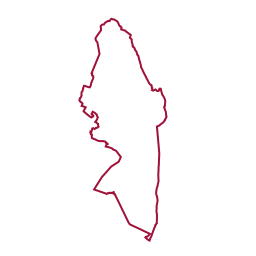 Jevnaker nor, Oppland, Norway, rotated 208°
{"feature_id": "86288312B26637374154815", "entity_name": "Jevnaker nor", "entity_type": "district", "adm_level": 2, "iso_a3": "NOR", "parent_name": "Norway", "parent_adm1": "Oppland", "projection": "mercator", "projection_center": [10.399, 60.283], "detail": "fine", "context": "isolated", "style": "outline", "palette": "rose", "viewbox_px": 256, "rotation_deg": 208, "n_neighbors": 0, "source": "geoboundaries", "source_scale": "gbopen_adm2", "svg_char_len": 5745}
<svg xmlns="http://www.w3.org/2000/svg" viewBox="0 0 256 256"><g transform="rotate(208 128 128)"><path d="M155.1,102.2L153.5,102.3L153.2,102.2L152.7,102.5L149.0,102.6L148.4,102.7L146.1,103.4L145.4,104.0L144.4,104.4L144.1,104.7L142.9,104.9L142.2,105.2L142.1,105.3L141.7,105.4L141.1,105.2L140.9,105.0L140.7,104.7L140.2,104.8L139.6,104.7L139.6,104.4L138.8,104.6L138.5,104.4L138.8,104.1L139.3,104.1L139.3,103.8L139.2,103.1L139.0,102.8L139.1,102.3L138.9,101.9L138.9,101.2L137.0,101.7L136.5,102.0L135.6,102.0L133.8,102.4L132.3,102.4L131.6,102.3L131.4,102.1L130.3,102.0L129.0,102.3L128.3,102.3L127.2,102.0L120.7,99.0L120.4,93.8L124.7,86.1L128.0,72.5L129.1,57.8L116.3,59.8L115.9,59.7L115.8,60.1L115.7,60.4L115.4,60.6L115.2,61.0L114.7,61.1L114.7,61.3L114.6,61.5L114.2,61.5L113.8,62.2L113.3,62.3L112.8,62.7L112.4,62.6L112.1,63.0L111.3,63.0L111.2,63.1L111.2,63.7L110.6,64.7L110.4,64.7L110.2,64.2L109.8,63.9L109.5,63.3L109.1,63.2L108.9,63.4L108.7,63.5L107.8,63.0L107.7,62.9L107.5,62.4L107.0,62.2L105.7,61.3L83.8,45.3L82.6,44.5L81.2,43.8L76.2,44.0L71.4,44.3L59.0,44.8L59.3,42.9L59.5,42.4L60.3,40.8L60.6,40.6L60.9,40.6L61.1,40.4L61.2,40.1L61.3,39.9L61.3,39.5L59.0,38.9L57.7,38.7L56.1,38.7L56.3,39.9L56.4,40.5L56.5,41.5L56.6,41.9L56.5,42.8L56.6,43.9L56.8,44.8L56.9,45.1L57.0,46.1L57.1,47.2L57.4,48.7L57.5,49.9L57.8,51.5L57.8,53.3L58.0,54.8L58.3,55.0L58.2,55.6L58.2,55.8L58.0,56.2L58.0,56.5L58.1,57.1L58.1,57.3L57.9,57.5L59.0,59.6L59.3,60.4L59.5,60.7L60.5,62.8L62.2,65.8L63.3,67.1L64.4,69.0L64.9,70.5L65.1,70.9L65.9,72.0L66.8,74.6L67.2,76.2L67.7,77.3L68.0,78.2L68.6,78.9L69.4,80.1L69.8,80.5L70.0,80.7L70.2,81.2L70.8,81.6L71.6,82.4L72.5,83.5L73.0,84.7L73.4,85.6L73.7,86.6L74.4,88.5L74.7,90.8L75.4,92.8L75.8,94.5L76.1,95.4L77.5,97.8L79.3,100.9L82.1,106.9L82.5,107.5L83.6,110.2L85.4,113.8L88.2,119.8L90.8,123.9L98.3,135.4L101.1,139.8L103.2,142.8L101.6,144.8L100.9,146.5L100.3,147.9L99.6,149.2L99.4,149.8L99.1,151.7L99.2,151.9L99.3,152.0L99.3,152.3L99.0,152.6L99.1,153.2L99.2,153.3L99.3,154.1L99.3,154.4L99.2,154.7L99.3,155.0L99.2,155.3L99.3,155.4L99.2,155.6L99.6,156.6L100.4,157.2L101.2,158.6L102.3,160.1L103.7,161.3L104.3,161.9L104.4,162.1L105.2,162.7L105.8,163.2L105.7,163.6L105.9,163.9L106.0,164.2L105.8,164.4L105.8,164.9L106.3,165.8L107.6,169.1L107.8,169.4L109.0,170.6L109.4,171.1L109.9,171.5L112.3,173.0L112.7,173.3L113.5,173.5L114.6,174.8L114.9,175.0L115.3,175.5L116.3,176.6L116.9,177.3L117.4,177.9L117.5,178.0L118.1,177.9L118.4,177.7L118.6,177.5L118.6,177.2L118.6,176.7L118.3,175.9L118.3,175.4L118.5,175.0L119.0,174.6L119.5,174.4L120.4,174.5L121.0,174.8L121.9,174.9L122.1,174.7L122.4,174.2L123.1,173.0L123.5,173.0L123.9,172.7L124.2,172.8L124.5,172.8L124.4,173.1L124.9,173.7L125.2,174.2L125.4,174.3L125.3,174.6L125.4,174.9L125.6,175.0L126.0,175.1L126.4,175.3L126.6,175.8L126.9,176.0L127.0,176.6L127.3,176.8L127.8,176.9L128.5,176.8L130.4,177.4L131.1,178.0L135.5,181.0L136.1,181.5L136.6,181.9L137.3,182.3L138.1,182.9L139.7,183.9L140.3,184.5L140.9,184.8L141.5,185.4L142.0,185.6L142.8,186.4L143.7,186.9L145.1,188.0L145.8,189.1L149.1,192.6L150.4,193.8L150.8,194.4L152.9,196.7L153.2,196.9L153.6,196.8L154.0,196.9L155.8,198.7L156.3,199.4L157.3,199.8L158.0,200.0L158.7,200.4L158.9,200.9L159.5,201.2L160.2,201.9L160.7,202.1L161.2,201.9L161.5,202.0L162.1,202.2L162.4,202.5L162.3,202.9L163.8,204.4L164.3,205.2L165.1,205.8L165.4,206.2L165.6,206.6L166.1,207.4L166.1,207.7L166.2,207.8L167.3,208.3L168.7,208.5L168.9,209.4L169.2,211.4L175.1,212.3L176.0,212.7L176.6,212.5L179.2,212.1L180.3,211.8L180.5,212.1L180.4,212.3L180.5,212.7L180.8,213.6L181.5,213.8L182.1,214.3L182.9,214.0L183.8,214.4L186.2,216.3L187.4,217.0L188.0,217.2L190.0,217.2L191.3,217.3L191.6,217.3L192.4,216.7L193.8,216.7L194.3,215.8L194.4,214.1L194.5,213.8L194.7,213.6L195.3,213.3L195.7,213.3L196.2,212.8L196.9,211.3L197.6,210.3L197.7,210.0L197.8,209.2L197.8,208.2L199.2,207.2L199.7,206.3L199.7,206.0L199.9,204.9L198.3,202.8L197.7,201.6L198.7,194.4L198.8,191.9L198.3,191.1L197.0,190.0L195.2,189.2L187.9,180.0L185.9,159.5L185.4,159.6L185.2,159.5L185.1,159.3L185.3,158.8L185.2,158.6L185.1,158.4L184.6,157.8L184.2,157.5L183.5,157.7L183.0,157.5L182.9,157.3L182.6,156.6L182.2,156.1L182.1,155.4L182.0,154.9L181.8,152.2L181.6,151.6L181.7,150.6L181.4,149.8L181.1,149.1L181.0,148.6L180.9,147.9L180.9,147.3L180.8,146.3L180.8,146.0L182.2,145.5L186.6,144.8L186.7,144.3L186.5,143.6L186.5,142.8L186.1,142.0L186.2,141.6L185.8,140.7L185.5,139.4L185.6,138.7L185.8,138.0L185.6,137.3L184.9,135.9L184.5,135.1L184.3,135.0L184.3,134.7L184.2,134.4L184.1,133.7L184.1,132.9L184.1,132.2L184.4,132.0L184.4,131.7L184.4,131.0L183.9,130.4L184.0,130.0L183.9,129.6L183.7,129.4L183.1,129.0L182.0,128.9L181.1,128.6L180.1,128.6L179.8,128.4L179.4,127.8L179.5,127.5L179.3,126.7L179.3,125.7L175.6,126.4L175.1,126.4L174.9,125.7L175.1,124.9L175.2,124.3L175.1,123.3L175.2,122.0L174.9,121.8L168.8,120.5L166.4,120.1L165.3,120.1L165.1,120.3L165.1,120.6L165.1,121.1L164.4,121.5L164.3,122.1L164.2,122.4L164.3,122.5L164.6,122.7L166.2,123.1L166.8,123.4L166.7,123.8L166.8,125.8L166.5,125.8L164.2,125.8L163.6,125.5L161.9,125.2L161.6,124.7L161.2,124.2L160.5,123.7L159.7,123.4L159.4,121.1L159.3,120.8L159.5,119.9L159.6,119.2L159.5,118.6L159.8,117.9L159.6,117.8L159.1,118.2L158.6,118.2L158.3,117.9L157.8,117.7L156.5,117.6L156.4,117.3L156.1,117.0L155.7,116.4L154.6,115.4L154.6,115.1L154.8,114.9L155.0,114.6L155.2,113.9L155.7,113.6L156.1,113.0L156.5,112.9L156.6,112.3L156.7,112.2L156.8,111.9L157.1,111.4L157.7,111.4L158.4,111.6L159.3,110.9L159.2,110.2L159.0,109.7L159.0,109.4L159.0,108.8L158.8,108.7L158.8,108.4L158.6,107.7L158.4,107.3L158.5,107.1L159.0,107.1L159.1,106.9L159.4,106.9L159.2,106.4L158.7,105.9L158.0,105.2L157.2,105.4L156.5,104.9L156.5,104.6L156.4,104.4L156.5,104.0L155.6,103.0L155.1,102.2Z" fill="none" stroke="#9f1239" stroke-width="2"/></g></svg>